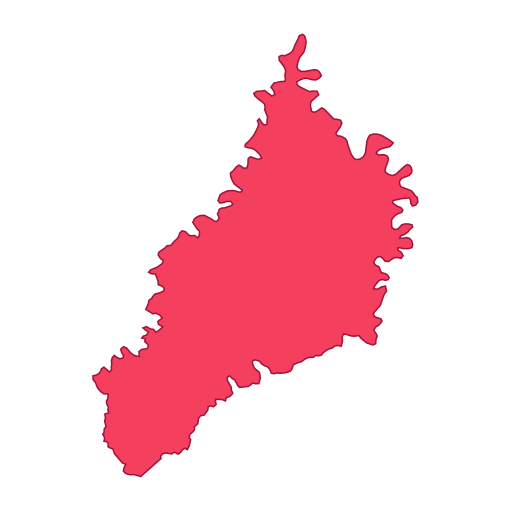 the district of São José do Cerrito, Santa Catarina, Brazil, rotated 91°
{"feature_id": "56859067B25207266953620", "entity_name": "São José do Cerrito", "entity_type": "district", "adm_level": 2, "iso_a3": "BRA", "parent_name": "Brazil", "parent_adm1": "Santa Catarina", "projection": "orthographic", "projection_center": [-50.681, -27.604], "detail": "fine", "context": "isolated", "style": "filled", "palette": "rose", "viewbox_px": 512, "rotation_deg": 91, "n_neighbors": 0, "source": "geoboundaries", "source_scale": "gbopen_adm2", "svg_char_len": 6105}
<svg xmlns="http://www.w3.org/2000/svg" viewBox="0 0 512 512"><g transform="rotate(91 256 256)"><path d="M54.9,233.6L56.1,236.4L60.0,236.2L65.1,232.1L67.4,230.6L70.2,229.6L75.2,230.3L77.9,229.7L80.9,230.0L81.1,234.1L82.8,241.2L87.0,244.0L90.7,241.1L94.3,240.1L95.8,243.0L90.3,250.3L91.1,254.2L91.3,258.0L93.4,261.1L96.0,259.9L99.9,255.4L101.3,253.1L103.8,250.2L107.0,249.5L109.7,249.8L116.7,246.9L121.6,247.4L123.9,247.1L125.0,250.3L122.0,252.9L118.7,255.1L120.7,257.0L124.0,255.6L127.5,256.6L132.5,258.9L135.8,260.8L140.2,264.1L144.6,268.6L146.9,268.9L147.9,265.7L148.3,262.6L149.7,259.1L154.5,254.0L158.1,252.1L159.4,255.4L156.9,263.3L158.6,265.5L164.6,265.7L168.2,266.6L168.4,270.0L166.6,272.3L165.4,274.7L167.7,277.7L170.9,280.0L173.4,283.0L176.4,282.8L180.1,281.4L184.2,279.2L190.5,270.7L192.6,272.8L190.9,279.6L191.3,285.5L193.8,290.9L195.6,293.0L201.3,295.0L203.7,293.0L203.3,290.1L201.9,285.8L202.0,281.9L204.4,280.1L206.2,282.0L208.4,287.9L208.6,290.9L210.0,293.7L212.2,294.1L214.6,295.3L216.9,294.1L219.2,293.7L222.1,295.7L221.8,298.3L220.0,300.8L216.2,308.4L216.6,312.8L218.4,316.4L220.0,318.2L223.5,319.8L230.0,315.3L232.1,313.1L236.0,312.9L238.9,314.5L236.5,317.9L237.0,321.3L236.2,323.7L232.9,326.9L232.1,330.4L234.5,332.7L237.9,333.6L240.5,335.5L242.5,337.7L246.9,341.4L247.3,345.2L249.4,347.0L253.8,353.1L256.5,353.9L260.3,351.4L261.9,348.6L264.9,349.3L268.8,354.4L271.7,361.2L274.2,363.1L275.7,359.8L275.6,356.4L283.2,353.3L286.3,353.3L287.9,349.1L290.0,347.2L292.5,347.6L294.6,351.7L295.7,356.3L298.0,358.3L300.4,359.7L302.1,362.2L305.8,362.9L311.3,365.3L315.6,358.1L315.0,355.2L316.6,351.4L319.6,348.7L323.1,353.0L326.0,352.4L328.5,347.9L332.5,352.4L333.9,354.9L331.1,357.1L330.9,359.9L328.5,364.4L329.9,367.8L332.2,364.9L333.7,362.2L336.9,364.0L338.0,367.2L340.0,368.8L340.9,365.2L343.5,365.8L345.5,363.5L347.7,361.8L350.6,363.5L351.4,368.7L353.6,371.4L358.4,370.9L358.1,373.8L357.2,376.8L354.7,379.9L350.2,383.8L349.0,386.9L351.4,389.6L354.7,388.8L357.8,386.8L360.1,386.9L361.2,390.2L359.4,394.0L357.8,396.0L360.3,398.0L363.2,398.7L366.7,398.3L369.3,398.8L371.9,398.4L374.6,400.3L369.8,406.1L371.4,408.6L374.1,409.3L376.6,411.5L377.9,413.8L378.6,416.9L382.2,416.8L385.7,414.1L389.0,412.9L391.9,411.2L394.6,408.6L396.6,405.5L396.3,401.7L398.8,401.5L401.1,401.7L403.5,403.0L406.6,402.7L410.0,400.8L412.1,401.6L415.2,400.4L416.7,404.4L420.6,403.7L423.7,404.5L429.1,403.0L431.7,404.8L434.9,404.8L437.0,406.1L439.4,404.5L441.7,404.3L443.9,404.8L444.3,401.8L446.2,400.4L449.3,400.7L450.6,398.3L451.5,395.7L456.2,394.0L465.3,385.9L466.5,382.7L469.6,384.1L473.3,384.9L475.6,382.7L476.5,380.2L476.9,377.1L476.7,373.9L478.5,367.4L460.1,347.4L457.7,347.9L455.5,345.7L454.5,343.2L455.4,336.9L453.6,334.1L455.5,330.4L454.0,328.2L451.4,326.4L449.4,324.1L450.9,321.3L447.3,319.5L440.7,318.1L438.6,319.7L435.3,318.8L433.0,316.1L430.7,314.5L427.7,314.5L424.8,311.3L419.3,310.6L416.8,308.7L415.9,305.0L410.9,301.5L407.6,301.2L406.6,298.7L407.5,295.8L405.1,293.2L402.7,293.9L399.9,293.8L400.2,287.1L401.5,284.0L398.3,283.3L396.8,279.7L393.8,276.8L390.4,278.3L387.6,278.5L381.1,282.3L377.9,282.7L376.2,280.4L378.8,277.7L380.6,274.9L385.9,271.9L387.7,270.2L386.5,261.4L384.8,258.8L383.0,257.2L383.7,254.6L383.6,251.0L378.2,249.6L375.0,249.9L372.0,250.8L368.5,255.4L365.4,256.9L362.8,257.8L360.5,257.3L359.9,254.7L361.1,250.6L363.7,248.5L365.3,246.1L366.8,242.3L369.4,240.1L372.9,238.7L373.4,236.0L372.6,233.2L372.9,229.8L372.3,225.1L371.3,221.3L370.1,219.1L367.4,217.7L364.1,216.8L362.3,213.2L361.0,208.9L358.6,205.7L357.1,203.1L356.4,200.3L356.3,197.0L354.5,194.6L354.7,191.5L353.7,188.5L351.7,187.4L349.7,184.8L347.9,182.1L347.0,178.8L344.5,175.5L344.1,172.3L344.8,169.2L339.4,168.0L335.2,168.4L332.4,167.1L333.1,163.2L334.2,159.9L334.5,156.2L333.8,151.5L336.4,149.7L341.0,143.8L342.9,137.6L341.6,134.8L337.5,134.6L333.9,133.4L331.5,134.6L328.0,136.9L325.0,135.1L323.1,132.2L321.1,130.3L318.8,128.9L316.7,130.0L314.7,136.2L311.9,137.7L309.8,136.5L303.1,130.8L293.5,127.7L290.9,126.4L288.8,124.8L283.8,126.1L284.8,130.2L287.0,133.7L286.7,137.8L284.1,136.9L280.9,134.6L278.1,132.1L277.3,129.2L278.0,126.4L277.4,123.6L275.4,122.5L272.9,124.0L271.3,126.5L270.4,130.3L264.5,133.0L263.0,136.3L260.4,138.3L257.6,136.8L255.2,135.0L254.3,131.5L256.8,128.7L259.0,126.8L259.2,123.3L256.6,119.9L255.2,117.3L255.2,113.8L255.9,110.9L253.2,108.9L251.1,109.9L249.3,111.4L247.8,114.0L245.3,114.3L245.5,110.9L246.1,108.6L246.0,103.9L244.9,100.3L242.2,99.5L238.1,100.5L235.7,102.8L234.9,106.0L235.6,108.6L235.7,112.7L233.4,111.8L231.9,107.9L229.2,104.4L226.8,102.7L224.3,99.8L222.1,100.6L221.3,104.2L221.3,107.8L222.3,110.8L226.4,114.4L227.1,117.7L225.1,120.7L220.5,121.0L217.5,121.0L215.0,119.4L212.3,116.6L210.7,113.7L209.9,111.1L207.5,110.0L205.1,112.0L204.0,115.2L200.8,120.1L198.2,120.1L196.2,111.8L195.2,103.6L197.8,102.4L200.6,102.2L203.3,100.4L202.3,97.2L199.3,95.1L194.7,95.7L192.9,97.9L190.6,99.4L188.0,101.9L184.3,112.2L181.8,113.6L178.6,113.8L175.7,111.5L172.9,104.5L170.1,101.9L167.7,101.6L165.1,102.3L162.9,103.7L161.9,106.2L163.8,109.2L172.1,117.9L173.2,121.4L171.8,125.6L169.0,128.6L166.0,128.1L158.6,125.6L156.0,125.3L153.5,126.9L152.4,130.0L152.9,134.7L151.5,137.7L148.7,136.0L146.6,132.6L144.2,123.8L140.5,120.7L137.7,124.7L134.0,131.0L132.7,133.9L132.0,137.3L132.0,140.6L133.2,144.4L136.6,146.3L139.9,147.2L150.3,148.3L153.1,149.3L155.5,151.0L157.3,154.0L157.8,157.3L156.7,159.8L152.8,162.5L145.3,165.4L138.9,167.3L137.1,168.8L135.8,170.9L134.8,173.2L134.3,176.7L132.0,178.4L125.5,174.0L121.9,172.5L118.8,173.7L117.8,177.8L117.7,180.6L108.2,190.1L106.7,192.8L110.5,198.0L111.3,200.7L110.1,203.2L107.6,203.5L104.8,204.3L100.7,203.7L93.8,196.1L90.2,197.7L90.1,202.6L90.7,205.5L86.3,214.8L84.1,217.9L81.3,218.4L79.2,215.1L77.6,211.2L77.5,207.8L78.7,203.3L79.0,199.5L77.4,196.3L74.7,193.8L71.1,195.6L69.2,197.8L68.7,200.9L70.5,210.0L70.7,214.1L68.4,217.6L65.9,218.3L63.0,217.8L57.1,216.1L51.6,211.9L47.9,210.6L41.4,209.6L37.8,210.3L34.9,211.4L33.5,213.4L35.0,216.6L38.6,217.9L44.5,220.8L47.9,221.9L50.7,223.4L52.6,225.3L55.3,230.5L54.9,233.6Z" fill="#f43f5e" stroke="#9f1239" stroke-width="1.5"/></g></svg>